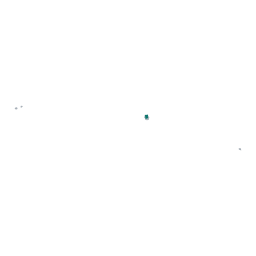 Nett, Pohnpei, Federated States of Micronesia shown in context
{"feature_id": "79324940B16225653054825", "entity_name": "Nett", "entity_type": "district", "adm_level": 2, "iso_a3": "FSM", "parent_name": "Federated States of Micronesia", "parent_adm1": "Pohnpei", "projection": "mercator", "projection_center": [158.226, 6.943], "detail": "fine", "context": "in_parent", "style": "filled", "palette": "teal", "viewbox_px": 256, "rotation_deg": 0, "n_neighbors": 0, "source": "geoboundaries", "source_scale": "gbopen_adm2", "svg_char_len": 1356}
<svg xmlns="http://www.w3.org/2000/svg" viewBox="0 0 256 256"><path d="M148.4,119.3L147.2,119.7L145.8,119.5L145.3,117.9L144.7,117.5L144.8,116.7L145.8,116.0L148.0,116.5L148.8,117.7L148.3,118.4L148.4,119.3ZM16.9,108.7L16.7,108.9L15.5,108.8L15.4,108.7L15.5,108.6L16.0,108.5L16.1,108.1L15.8,108.0L16.1,107.8L16.5,107.8L16.8,108.0L17.0,108.3L16.9,108.7ZM240.4,148.8L240.6,149.7L239.4,149.3L239.2,148.9L239.9,148.6L240.4,148.8ZM21.5,107.0L21.2,107.1L21.1,106.5L21.2,106.3L21.5,106.3L22.1,106.4L22.1,106.5L21.5,107.0Z" fill="#d9dde1" stroke="#a8b0b8" stroke-width="1"/><path d="M146.1,117.8L146.3,117.9L146.3,118.0L146.5,118.0L146.8,118.0L146.8,117.9L146.9,117.7L147.0,117.7L147.2,117.4L147.3,117.4L147.3,117.1L147.3,116.9L147.2,116.8L147.1,116.7L147.0,116.4L146.9,116.4L146.9,116.5L146.9,116.4L146.8,116.2L146.7,116.2L146.5,116.3L146.7,116.5L146.8,116.5L146.7,116.5L146.6,116.4L146.4,116.3L146.3,116.5L146.2,116.4L146.0,116.5L145.9,116.5L146.0,117.1L146.1,117.4L146.3,117.5L146.1,117.8ZM147.2,115.4L147.0,115.5L147.0,115.8L147.1,115.7L147.3,115.6L147.3,115.4L147.2,115.4ZM146.4,116.2L146.2,116.0L146.3,116.0L146.5,115.9L146.4,115.8L146.2,115.8L146.2,116.0L146.3,116.1L146.2,116.1L146.3,116.1L146.4,116.2ZM146.8,115.6L146.7,115.6L146.8,115.7L146.8,115.6ZM146.6,115.5L146.6,115.4L146.6,115.5L146.6,115.5Z" fill="#14b8a6" stroke="#0f766e" stroke-width="1.5"/></svg>